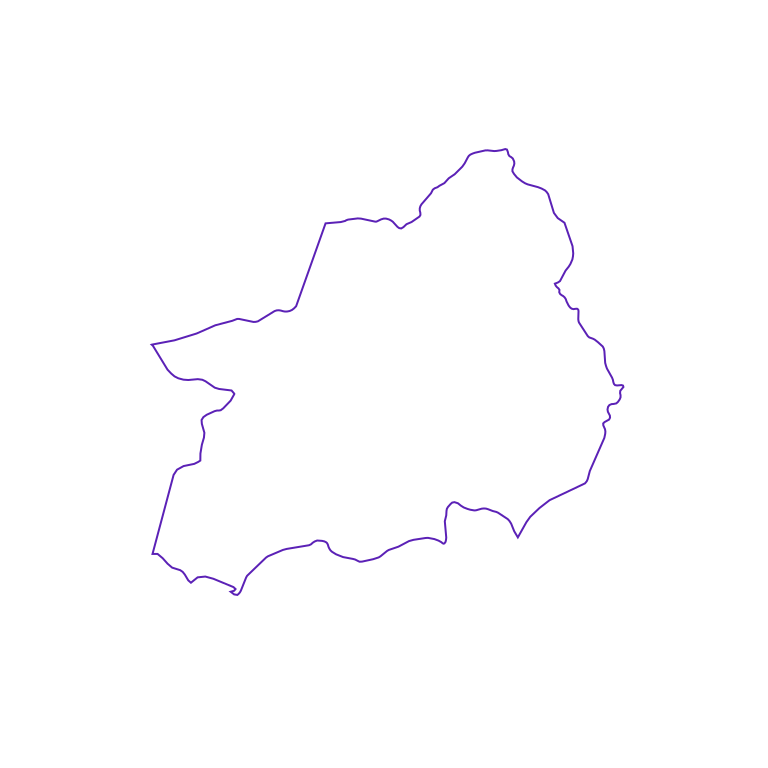 an SVG outline of Ngounié, rotated 117°
{"feature_id": "GAB-2622", "entity_name": "Ngounié", "entity_type": "Province", "adm_level": 1, "iso_a3": "GAB", "parent_name": "Gabon", "parent_adm1": "", "projection": "orthographic", "projection_center": [11.097, -1.69], "detail": "fine", "context": "isolated", "style": "outline", "palette": "violet", "viewbox_px": 768, "rotation_deg": 117, "n_neighbors": 0, "source": "natural_earth", "source_scale": "10m", "svg_char_len": 3958}
<svg xmlns="http://www.w3.org/2000/svg" viewBox="0 0 768 768"><g transform="rotate(117 384 384)"><path d="M638.7,426.3L636.3,423.7L634.1,423.2L633.3,425.9L635.0,447.6L636.7,455.8L640.9,462.3L648.7,465.8L647.8,469.3L644.2,475.0L642.8,478.1L642.4,481.1L643.8,489.4L642.4,495.2L639.7,502.1L638.2,508.6L640.5,513.1L560.5,530.2L554.3,529.5L548.1,525.3L541.3,516.8L537.7,514.1L535.6,512.9L529.3,516.0L520.8,518.7L513.5,520.1L509.0,521.9L502.2,528.2L498.9,530.2L495.5,529.9L491.9,528.0L485.1,522.6L483.5,520.8L482.7,519.2L481.5,517.6L478.7,516.2L468.5,513.1L461.0,512.8L460.6,513.0L459.0,516.9L463.3,528.7L464.1,533.1L462.6,544.3L462.7,547.8L464.2,552.1L469.3,560.2L471.2,564.7L472.3,569.9L472.3,574.1L471.3,578.3L469.5,583.4L454.8,607.3L454.4,608.8L454.3,608.7L440.2,590.5L424.1,573.9L408.3,561.0L396.6,547.9L392.7,544.4L391.8,542.6L388.0,528.6L387.0,526.7L385.4,524.8L368.7,514.6L367.1,513.0L366.0,511.1L365.4,509.2L365.0,507.1L364.4,505.1L363.3,503.1L361.8,501.2L359.8,499.6L357.5,498.5L354.6,497.6L267.4,509.0L259.3,496.0L256.3,492.6L255.4,492.1L254.6,491.4L253.8,490.6L248.4,482.6L247.1,479.6L243.4,465.8L243.0,464.8L242.2,464.0L238.6,461.3L236.8,459.4L235.7,457.2L235.1,454.3L235.1,452.1L235.4,449.9L237.9,443.3L238.2,441.3L237.6,439.3L235.4,437.9L231.4,436.5L227.2,433.0L218.7,428.4L216.8,428.3L214.9,429.4L213.2,430.9L211.2,431.9L209.1,432.3L206.9,432.2L192.7,428.7L188.7,428.7L186.6,427.7L184.4,425.7L182.2,424.6L177.6,421.4L171.3,419.7L164.9,416.2L154.8,412.9L150.7,412.3L144.0,412.2L142.2,412.0L140.4,411.2L138.5,409.7L136.7,408.0L129.9,399.8L128.8,397.8L126.4,391.5L125.2,389.5L122.4,385.6L119.6,382.6L119.3,380.9L121.1,378.9L122.9,377.5L124.0,375.7L124.1,373.7L124.6,371.6L126.6,369.1L128.5,367.9L130.6,367.4L132.5,367.3L134.4,367.0L136.2,366.1L137.8,363.5L139.6,359.4L140.8,353.0L141.1,349.4L140.9,346.6L138.7,336.2L138.3,332.3L138.4,328.4L139.1,326.2L140.3,323.9L154.4,310.3L157.3,304.5L158.4,296.4L175.6,278.6L181.7,274.7L184.4,273.6L187.5,272.7L192.5,272.4L195.7,272.7L200.5,273.7L212.4,273.9L214.7,275.2L217.0,277.3L218.4,275.7L219.2,273.9L219.6,272.0L220.5,270.4L222.7,269.5L223.8,268.0L224.2,266.2L224.3,264.3L224.8,262.4L225.9,260.5L227.6,258.8L230.3,255.1L231.3,253.0L231.7,251.1L231.3,249.2L230.2,247.7L229.3,246.2L229.4,245.2L229.7,244.6L230.7,243.8L238.1,240.3L239.7,239.2L240.7,238.2L248.8,224.2L249.3,222.3L248.8,218.4L248.8,216.4L249.6,212.4L251.3,206.1L252.6,204.3L254.6,202.6L264.8,196.5L267.1,194.4L269.0,192.4L274.8,183.7L276.4,181.9L278.1,180.6L279.5,179.2L280.1,177.6L279.5,175.7L277.1,171.8L276.9,170.3L278.0,169.3L282.8,170.4L285.0,169.5L286.5,168.2L288.5,167.2L290.7,167.0L293.7,167.4L295.8,168.2L297.5,170.3L298.6,172.1L300.4,173.6L302.6,174.0L305.2,173.3L307.1,171.9L309.6,168.4L311.4,167.3L313.5,167.3L317.8,170.2L319.6,170.8L321.3,169.8L324.0,166.5L325.8,165.2L327.9,164.3L332.0,163.2L368.1,161.1L376.3,159.3L378.6,159.2L381.3,159.8L412.3,183.7L424.0,189.2L435.9,193.4L442.4,194.4L459.9,195.1L456.1,201.1L450.7,207.3L449.1,210.0L448.2,212.4L446.9,224.0L447.0,225.9L447.8,229.4L448.3,234.3L448.7,236.5L449.5,238.4L450.7,240.3L454.6,244.5L455.1,245.2L455.7,246.3L456.9,250.2L457.4,252.9L457.8,256.9L457.5,260.2L456.7,264.0L457.3,267.6L458.7,269.4L460.7,270.2L464.6,271.2L466.7,271.3L468.7,270.7L472.8,268.9L478.7,267.5L492.6,258.8L494.7,258.0L496.7,257.5L498.6,257.8L499.2,258.4L499.3,259.4L498.9,261.1L498.8,264.4L499.3,268.7L501.1,274.9L502.3,277.0L509.4,286.9L512.6,290.4L522.4,297.3L529.7,304.4L531.4,305.5L539.1,308.9L540.9,310.0L545.0,314.1L552.2,322.9L553.4,325.0L553.5,326.2L553.5,330.1L554.0,332.4L556.8,341.9L557.5,349.4L557.1,354.2L556.6,355.9L556.4,356.4L555.4,358.1L554.2,359.6L552.7,361.0L552.1,361.8L551.6,362.6L551.3,363.7L551.3,365.6L551.9,368.0L553.8,372.5L555.8,374.3L557.9,375.5L559.9,376.2L561.7,377.6L575.1,395.8L577.7,398.7L590.2,409.2L592.2,410.3L617.0,418.9L619.0,419.0L633.2,417.7L635.2,417.8L637.1,418.3L638.5,418.9L639.5,422.0L638.7,426.3Z" fill="none" stroke="#5b21b6" stroke-width="2"/></g></svg>